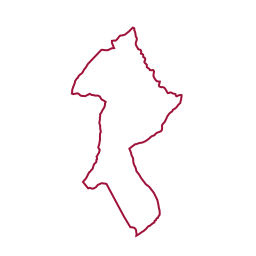 Pereira Barreto, São Paulo, Brazil (Equal Earth projection), rotated 28°
{"feature_id": "56859067B20546049019920", "entity_name": "Pereira Barreto", "entity_type": "district", "adm_level": 2, "iso_a3": "BRA", "parent_name": "Brazil", "parent_adm1": "São Paulo", "projection": "equal_earth", "projection_center": [-51.113, -20.683], "detail": "fine", "context": "isolated", "style": "outline", "palette": "rose", "viewbox_px": 256, "rotation_deg": 28, "n_neighbors": 0, "source": "geoboundaries", "source_scale": "gbopen_adm2", "svg_char_len": 3874}
<svg xmlns="http://www.w3.org/2000/svg" viewBox="0 0 256 256"><g transform="rotate(28 128 128)"><path d="M113.6,196.8L121.2,200.0L122.3,198.8L123.2,198.6L124.4,198.5L125.6,198.0L126.4,197.0L127.5,195.3L127.8,193.7L128.0,192.6L128.6,191.7L129.4,190.7L130.3,189.4L131.3,188.8L132.8,188.3L134.3,187.7L135.3,187.5L155.1,200.8L166.2,208.2L176.7,214.5L178.0,213.8L179.1,213.6L180.0,213.2L181.1,213.4L182.0,213.6L183.2,214.6L184.4,216.4L185.4,217.6L185.9,219.1L187.1,217.3L188.2,215.2L189.3,212.9L190.1,211.7L191.3,208.7L191.7,206.7L192.2,205.0L193.0,204.4L193.7,202.8L194.6,200.5L195.6,199.0L195.1,197.4L195.9,196.4L195.7,194.6L196.6,193.2L196.4,191.6L196.7,189.9L195.9,188.1L194.2,185.5L192.8,184.1L191.1,181.8L189.0,179.3L187.7,177.8L181.4,173.2L174.9,170.2L172.6,169.6L171.5,169.6L170.1,169.3L166.8,167.7L165.6,167.2L163.3,166.1L161.2,164.9L159.5,163.8L156.0,162.3L155.0,161.4L154.1,160.3L152.8,159.1L151.3,158.1L150.0,157.0L148.6,155.4L147.9,154.3L147.0,152.8L146.3,152.0L143.9,150.4L142.5,148.7L141.0,147.3L138.9,145.6L140.0,143.1L141.3,140.3L141.7,139.3L143.0,138.2L143.7,137.4L144.8,136.2L145.8,135.3L146.7,134.8L148.1,133.4L149.2,132.0L150.0,130.7L151.0,128.7L151.7,127.1L152.2,125.5L153.0,123.9L153.9,122.9L154.8,121.9L155.0,120.3L155.7,118.8L156.8,117.5L157.7,116.5L158.6,115.4L158.8,113.7L158.4,112.6L158.0,111.6L157.1,110.5L156.7,109.1L156.9,107.8L157.5,106.0L157.5,104.5L157.5,102.2L157.3,100.4L157.3,98.7L157.8,95.5L158.4,94.1L159.2,92.5L159.1,90.9L160.3,88.9L160.9,87.6L161.3,85.7L161.5,84.1L162.0,82.6L162.4,81.3L161.9,79.8L161.6,78.2L160.8,76.1L160.5,75.0L159.8,73.8L158.7,74.4L157.8,74.9L157.0,76.0L156.0,77.2L155.1,77.0L154.0,75.8L152.6,76.1L151.2,76.5L149.5,76.4L148.3,77.0L147.7,77.8L146.7,78.5L145.7,78.0L144.6,77.2L143.3,76.5L142.1,75.7L140.7,75.4L139.5,75.5L138.2,76.4L137.2,76.6L136.1,76.6L135.1,75.6L134.8,73.8L134.3,72.1L133.0,72.7L131.5,73.1L130.1,72.8L128.9,72.1L127.5,71.3L126.1,70.2L125.2,68.2L124.8,66.8L124.3,65.7L122.9,65.0L121.6,66.0L120.1,66.6L119.1,65.8L117.7,65.7L116.0,65.4L115.1,63.5L113.6,62.9L112.3,62.7L111.3,61.9L111.3,60.3L110.8,59.0L109.7,58.1L108.3,58.3L107.6,57.3L107.0,56.2L105.9,56.0L104.5,56.3L103.9,54.4L102.7,53.3L101.7,53.2L100.5,53.6L99.6,53.4L98.6,52.6L97.1,51.7L96.3,51.2L95.3,50.0L94.7,48.5L94.5,46.7L93.9,45.0L92.9,44.0L92.0,43.6L91.2,42.6L89.9,40.7L88.5,39.3L87.6,38.7L87.0,37.3L86.0,36.9L84.9,37.3L84.8,38.5L84.2,39.7L83.8,41.6L83.1,43.2L82.4,44.8L81.7,46.6L80.7,47.8L79.1,49.2L77.8,50.0L77.2,51.6L77.1,52.9L76.9,54.1L76.6,55.3L75.9,56.8L74.7,57.3L72.9,58.6L73.8,60.3L78.2,64.0L77.4,64.5L76.5,65.0L75.6,66.1L73.9,68.5L72.6,69.4L71.4,70.0L70.2,70.4L69.1,70.8L67.8,71.5L62.5,90.4L62.4,92.7L62.4,94.2L62.0,95.7L61.8,97.1L61.8,99.2L61.7,101.1L61.0,102.6L60.4,103.8L60.0,105.6L60.1,107.2L59.6,108.4L59.4,109.9L59.3,111.3L59.8,113.1L60.1,114.8L60.2,116.0L60.3,117.1L60.5,118.4L60.7,119.7L61.0,120.9L61.9,122.6L62.2,123.9L63.6,123.9L64.8,122.9L66.5,121.6L67.4,121.0L68.9,121.1L70.7,121.6L71.8,121.5L73.0,120.9L73.9,120.5L75.0,120.1L75.7,119.4L76.4,118.2L77.5,116.9L78.1,115.8L80.2,115.9L81.4,115.5L82.6,115.0L83.6,114.9L85.8,113.7L86.9,113.4L87.9,113.4L89.0,113.8L90.1,114.6L91.5,115.2L92.9,115.2L94.6,115.2L96.1,115.5L96.1,116.9L97.0,118.9L97.3,120.6L97.3,122.3L97.1,124.1L97.2,125.9L97.1,127.5L96.9,129.0L97.9,130.5L98.2,132.0L98.8,132.9L99.5,134.5L100.0,136.2L100.6,137.4L102.3,138.9L103.4,141.0L104.2,142.2L105.1,143.1L105.9,144.4L105.9,145.7L106.6,147.4L107.5,149.3L108.4,150.7L108.9,151.7L109.2,152.9L109.6,154.2L110.2,155.7L110.5,157.5L110.8,159.0L111.9,159.9L113.2,160.4L113.7,162.1L114.0,163.6L113.8,165.1L113.9,166.7L113.7,168.0L114.5,168.9L115.3,170.0L115.1,171.1L115.9,172.7L115.7,173.9L115.1,175.6L115.2,177.4L115.6,179.1L115.9,180.7L115.4,182.3L115.1,184.1L114.5,185.5L114.5,187.0L114.5,188.3L114.6,189.6L114.6,191.6L114.3,193.7L113.8,195.4L113.6,196.8Z" fill="none" stroke="#9f1239" stroke-width="2"/></g></svg>